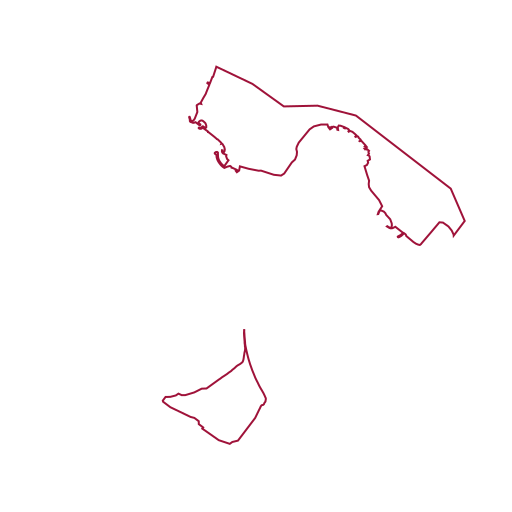 outline of 61, Qatar, rotated 127°
{"feature_id": "91078587B91929274058544", "entity_name": "61", "entity_type": "district", "adm_level": 2, "iso_a3": "QAT", "parent_name": "Qatar", "parent_adm1": "", "projection": "equal_earth", "projection_center": [51.545, 25.336], "detail": "fine", "context": "isolated", "style": "outline", "palette": "rose", "viewbox_px": 512, "rotation_deg": 127, "n_neighbors": 0, "source": "geoboundaries", "source_scale": "gbopen_adm2", "svg_char_len": 5251}
<svg xmlns="http://www.w3.org/2000/svg" viewBox="0 0 512 512"><g transform="rotate(127 256 256)"><path d="M83.8,260.9L83.9,261.2L98.9,297.3L119.8,323.8L120.7,362.4L128.7,401.6L129.7,401.2L138.7,398.1L139.3,398.6L145.5,396.8L146.5,399.0L147.2,398.9L147.3,396.3L154.8,394.3L156.8,393.7L158.6,393.5L161.4,393.2L166.8,392.4L167.5,391.3L168.2,392.9L171.0,394.0L171.4,394.0L176.3,389.5L183.1,387.6L184.4,387.5L185.5,387.6L186.3,387.9L187.1,388.9L186.9,389.8L184.9,392.5L184.8,392.8L185.0,393.0L185.3,393.0L187.4,390.3L187.9,390.2L188.1,389.9L188.3,389.5L188.3,388.9L188.1,388.3L187.9,387.8L187.7,386.8L187.3,386.1L186.8,385.6L186.2,385.3L185.5,384.8L185.6,379.7L185.4,379.4L184.6,379.4L184.4,379.6L184.3,382.2L183.4,382.4L182.6,382.3L181.7,382.0L180.9,381.5L180.3,380.7L180.1,379.9L180.1,378.9L180.2,377.7L180.3,376.8L180.5,376.1L181.7,374.3L183.1,373.2L184.2,373.3L184.3,376.2L184.5,376.6L185.1,376.8L186.3,377.0L186.9,377.2L187.2,377.6L187.5,377.9L187.7,378.5L188.0,378.9L188.3,378.8L188.4,378.6L188.4,378.0L188.2,377.4L187.6,376.6L187.1,376.2L186.1,375.9L185.6,375.4L185.5,370.2L185.5,369.2L185.9,368.9L185.8,368.7L185.7,368.7L185.8,363.9L185.9,360.7L186.1,357.9L186.2,357.6L185.9,356.8L186.4,352.6L186.7,351.3L187.1,351.2L186.8,351.0L186.8,350.0L188.1,346.9L189.6,345.1L191.3,344.2L192.6,344.1L193.2,344.1L193.0,345.1L192.7,345.8L191.8,346.4L192.0,346.8L192.7,346.4L193.1,346.0L193.6,345.3L193.9,344.1L193.1,340.4L194.4,339.8L195.9,337.5L196.1,335.6L203.5,335.4L203.4,336.9L203.3,338.2L202.9,340.1L202.1,342.4L201.4,343.8L200.4,345.2L199.3,346.3L196.3,348.7L196.3,349.7L197.0,350.5L198.3,351.0L198.8,350.8L199.1,350.0L198.9,348.7L199.1,348.5L201.0,346.7L202.3,344.9L202.7,344.1L203.2,343.1L203.6,342.0L203.9,341.1L204.4,339.3L204.6,338.2L204.8,336.5L204.7,334.3L201.8,332.6L199.7,330.9L199.6,330.0L199.7,329.2L200.2,328.7L199.6,327.2L199.2,325.2L198.9,324.0L198.7,322.3L200.2,323.2L200.6,321.7L197.9,320.9L194.1,322.8L190.8,314.4L186.3,305.2L184.8,303.4L180.4,290.6L178.1,286.8L176.7,284.4L173.2,283.1L159.7,283.7L155.5,282.9L151.1,284.1L148.2,285.9L146.3,288.2L144.2,289.2L139.7,290.1L122.6,289.4L117.7,287.8L111.9,283.2L108.0,278.1L109.6,275.7L110.3,273.1L109.8,272.9L109.1,275.0L108.4,274.0L108.6,272.8L108.2,272.5L107.9,273.3L107.1,273.1L106.7,272.3L106.0,271.9L104.8,268.5L106.2,267.0L105.9,266.3L104.1,268.1L102.0,268.4L101.1,266.9L100.0,263.3L100.8,262.9L100.6,262.0L99.8,262.4L99.1,258.7L99.5,257.2L100.8,257.2L100.9,256.7L99.6,256.4L98.8,253.7L99.0,250.2L99.2,248.5L100.9,248.5L100.9,248.3L100.9,248.0L99.5,247.4L99.2,246.2L99.8,245.1L100.1,242.5L100.7,242.1L101.9,242.4L101.9,242.2L100.6,241.3L101.7,235.4L102.4,235.0L102.5,235.0L102.0,234.4L102.3,233.1L104.9,234.0L104.9,233.8L104.9,233.6L105.1,233.2L104.3,232.8L104.5,232.1L103.8,231.9L104.0,229.0L105.2,228.9L106.0,227.9L106.2,227.4L108.1,227.3L107.8,226.5L108.1,225.2L110.3,223.1L112.8,224.1L114.0,222.6L116.6,222.2L119.0,223.4L124.4,216.0L127.8,211.0L130.7,209.3L133.0,207.1L134.5,203.4L137.3,191.3L138.3,189.3L140.3,185.2L146.9,184.7L149.2,183.9L148.9,183.6L146.7,184.2L144.7,184.4L144.1,182.6L143.6,180.6L144.0,178.3L144.8,176.9L145.1,175.3L145.9,170.9L148.3,167.2L149.8,165.9L151.1,165.3L152.6,165.3L153.0,166.9L153.2,169.1L153.6,169.2L153.3,166.2L152.8,165.0L151.6,163.7L148.8,162.3L149.0,152.7L150.5,152.7L152.4,153.2L154.9,154.4L155.3,154.4L155.5,154.0L155.4,153.5L154.5,152.9L152.5,152.1L150.6,151.7L148.7,151.6L148.7,149.6L149.0,148.8L149.6,148.0L150.1,138.7L149.9,135.6L149.3,133.3L148.6,131.8L147.3,131.4L146.3,131.4L131.7,130.5L118.7,129.8L116.8,126.8L116.6,120.1L117.9,115.0L120.0,111.0L120.7,110.4L102.4,110.4L85.0,141.0L83.7,260.5L83.8,260.9ZM414.3,159.3L385.8,159.2L376.7,161.0L375.4,161.2L374.1,161.5L373.2,161.7L372.5,161.7L372.0,161.7L371.5,161.5L371.1,161.1L370.6,160.7L370.1,160.6L369.6,160.5L369.2,160.6L368.5,160.8L367.9,160.9L367.5,160.9L367.1,160.8L366.6,160.9L366.0,161.1L365.5,161.5L365.2,161.6L364.4,162.0L364.0,162.3L363.5,162.9L363.0,163.9L362.4,164.9L361.1,167.4L359.9,170.2L359.0,172.4L358.1,174.5L357.5,175.7L356.9,176.9L356.1,178.4L355.4,179.9L354.6,181.5L353.6,183.4L352.2,185.7L351.3,187.2L350.3,188.9L349.4,190.4L347.6,193.1L346.1,195.4L344.5,197.6L343.0,199.7L341.1,202.1L339.4,204.2L336.8,207.3L335.3,209.0L333.8,210.7L332.6,211.9L331.5,212.8L329.7,214.4L328.4,215.6L327.2,216.7L325.3,218.3L323.5,219.9L322.6,220.5L321.5,221.4L322.5,220.8L323.3,220.2L324.8,219.2L327.3,217.1L329.2,215.4L331.1,213.7L332.4,212.7L333.4,211.7L333.9,211.2L334.8,210.5L335.2,210.1L335.5,209.7L336.0,209.3L336.7,208.8L337.3,208.4L338.4,207.8L340.4,206.9L341.6,206.2L343.2,205.4L344.4,204.7L345.9,203.9L346.8,203.5L347.7,203.2L348.3,203.0L348.9,203.0L349.6,203.1L350.8,203.4L351.8,203.7L352.8,204.1L353.6,204.5L354.7,204.9L355.6,205.2L356.7,205.4L358.0,205.6L359.4,205.9L360.4,206.2L361.1,206.4L362.7,206.6L364.2,207.1L365.3,207.5L366.4,207.8L367.3,208.0L368.2,208.3L369.3,208.7L371.3,209.4L373.1,210.1L373.9,210.3L374.6,210.5L375.7,210.8L376.7,211.2L391.6,215.8L394.6,219.5L402.1,223.2L409.6,228.7L411.8,231.5L412.6,235.1L415.6,236.1L420.1,239.7L423.0,243.4L427.6,243.4L428.3,242.5L428.3,233.4L423.9,211.4L422.4,207.8L422.4,202.3L424.7,200.5L424.7,195.0L426.2,195.0L425.5,174.9L421.8,163.9L418.8,163.0L414.3,159.3Z" fill="none" stroke="#9f1239" stroke-width="2"/></g></svg>